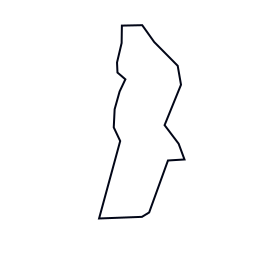 the border of Carnikavas, rotated 310°
{"feature_id": "LVA-5758", "entity_name": "Carnikavas", "entity_type": "Municipality", "adm_level": 1, "iso_a3": "LVA", "parent_name": "Latvia", "parent_adm1": "", "projection": "natural_earth1", "projection_center": [24.253, 57.126], "detail": "fine", "context": "isolated", "style": "outline", "palette": "ink", "viewbox_px": 256, "rotation_deg": 310, "n_neighbors": 0, "source": "natural_earth", "source_scale": "10m", "svg_char_len": 406}
<svg xmlns="http://www.w3.org/2000/svg" viewBox="0 0 256 256"><g transform="rotate(310 128 128)"><path d="M40.1,164.0L113.0,130.4L119.3,116.7L133.8,105.7L150.6,98.1L163.6,94.7L163.7,84.3L171.1,77.5L189.0,68.5L202.5,57.5L215.9,72.8L210.7,92.8L207.6,126.1L195.2,140.8L153.7,154.2L148.5,176.9L140.2,191.5L128.8,179.5L76.9,198.5L68.9,195.8L40.1,164.0Z" fill="none" stroke="#020617" stroke-width="2"/></g></svg>